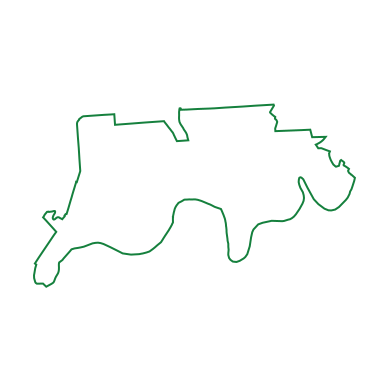 Nanesti, Vrancea, Romania (Equal Earth projection), rotated 86°
{"feature_id": "2599482B9784868122907", "entity_name": "Nanesti", "entity_type": "district", "adm_level": 2, "iso_a3": "ROU", "parent_name": "Romania", "parent_adm1": "Vrancea", "projection": "equal_earth", "projection_center": [27.499, 45.566], "detail": "fine", "context": "isolated", "style": "outline", "palette": "green", "viewbox_px": 384, "rotation_deg": 86, "n_neighbors": 0, "source": "geoboundaries", "source_scale": "gbopen_adm2", "svg_char_len": 5945}
<svg xmlns="http://www.w3.org/2000/svg" viewBox="0 0 384 384"><g transform="rotate(86 192 192)"><path d="M257.1,353.7L262.1,354.9L264.0,355.4L266.9,355.5L269.8,354.9L271.1,354.6L271.8,354.2L272.6,353.2L272.7,351.7L273.0,347.0L276.3,344.0L273.8,338.5L272.8,336.8L272.3,336.3L271.3,335.7L268.4,334.4L267.0,333.6L264.6,331.9L263.5,331.2L262.5,330.8L261.6,330.5L260.2,330.2L258.2,330.0L255.4,329.9L253.9,329.7L253.0,329.4L250.8,326.0L249.4,324.8L242.6,317.9L240.8,316.2L240.1,313.2L239.8,309.5L239.5,306.9L239.0,303.7L238.1,300.7L236.3,294.8L236.0,291.8L236.0,289.3L236.6,286.7L237.7,283.9L241.4,277.2L247.1,267.6L248.4,265.5L250.0,258.2L250.2,257.1L250.3,249.8L250.3,249.4L250.3,248.8L250.2,248.3L250.1,247.4L250.0,246.7L249.9,245.5L249.2,241.8L248.9,240.6L248.6,239.5L248.5,239.1L248.4,238.7L247.9,237.8L246.0,234.8L244.6,232.8L242.6,230.2L240.2,226.8L240.0,226.6L239.8,226.3L238.4,225.3L237.6,224.7L235.5,223.2L234.6,222.5L233.9,222.0L232.1,220.6L229.1,218.3L227.9,217.4L226.9,216.8L226.0,216.1L224.4,215.1L223.5,214.5L221.9,213.7L221.7,213.5L221.4,213.3L221.0,213.1L218.9,213.0L217.2,212.9L216.2,212.8L215.8,212.8L215.8,212.7L215.6,212.7L214.1,212.4L212.4,211.9L211.2,211.6L209.8,211.1L208.6,210.7L207.9,210.5L206.5,209.8L205.5,209.2L204.1,208.2L203.4,207.5L202.3,206.6L202.0,206.3L201.8,206.0L200.5,202.9L199.1,200.2L199.2,197.1L199.2,195.2L199.3,194.4L199.4,193.2L199.6,189.3L200.2,186.8L201.4,183.7L201.6,183.2L203.9,178.6L204.2,178.0L204.4,177.7L205.7,174.9L206.2,174.0L206.8,173.0L208.1,170.9L208.5,170.2L210.9,164.5L211.0,164.3L211.4,164.2L211.5,164.1L213.4,163.4L215.8,162.6L217.3,162.1L218.4,161.8L220.1,161.3L221.3,161.0L222.1,160.9L222.7,160.8L223.9,160.7L225.1,160.5L226.8,160.4L228.6,160.4L229.3,160.3L232.6,160.2L233.3,160.3L235.3,160.3L236.7,160.2L241.2,159.9L241.9,159.9L242.7,159.9L243.7,159.8L246.1,159.4L249.3,159.6L252.1,159.5L253.5,159.7L255.2,160.0L257.3,160.2L260.4,159.6L262.3,158.4L264.2,156.2L264.5,154.9L264.9,152.5L264.0,149.2L262.9,147.1L261.9,145.1L260.6,143.4L257.9,141.2L250.2,138.2L241.3,136.2L236.3,134.7L233.7,133.3L228.9,128.2L227.6,123.6L226.3,114.5L227.4,104.1L227.3,102.2L226.3,98.0L226.0,96.1L225.1,94.2L223.7,92.1L221.5,89.9L216.4,85.9L211.3,82.6L208.6,81.3L205.8,80.7L203.1,80.8L200.0,81.4L195.4,83.6L192.2,84.5L189.5,84.9L186.9,84.5L185.3,83.9L184.9,82.9L185.3,81.8L187.1,80.1L195.8,76.5L207.7,71.0L212.9,66.8L217.9,61.0L219.8,57.1L220.1,54.2L219.5,50.4L217.2,46.4L214.8,43.7L210.7,39.1L208.5,37.1L205.0,35.0L202.5,34.2L200.5,32.8L198.2,31.8L192.2,29.4L189.2,28.5L186.1,31.5L185.6,32.3L185.1,32.5L184.1,33.8L183.7,34.0L183.2,34.3L182.6,34.6L181.9,34.8L181.4,34.7L180.9,34.3L180.2,34.0L179.9,33.8L178.7,35.1L177.8,36.3L177.2,37.0L176.2,38.6L176.0,38.8L175.8,38.9L175.5,38.9L175.2,38.8L174.5,38.4L173.8,38.1L173.5,38.1L173.2,38.1L172.9,38.3L172.6,38.6L172.2,39.0L171.0,40.5L170.5,41.0L171.1,41.9L171.3,42.0L172.0,42.3L172.9,42.5L173.7,42.9L174.7,43.1L176.1,43.6L176.8,46.6L176.2,47.4L175.5,48.0L174.6,49.0L174.2,49.2L173.5,49.6L172.7,50.0L171.0,50.8L169.3,51.5L166.8,52.2L165.9,52.4L165.2,52.5L164.4,52.5L163.6,52.5L163.4,52.6L163.2,52.6L162.6,52.3L161.1,51.6L159.7,54.8L157.6,59.3L157.3,60.0L157.2,63.0L153.4,65.2L153.1,64.3L152.6,63.1L152.2,62.4L151.9,61.6L151.5,60.9L150.8,59.7L150.5,59.2L150.0,58.6L149.5,57.9L148.8,57.1L147.7,56.1L146.9,55.3L146.3,54.8L145.7,68.3L138.1,69.7L137.9,78.6L137.4,95.0L137.1,104.6L134.7,104.6L134.2,104.5L131.8,103.5L129.9,102.8L129.2,102.5L128.0,102.1L127.0,102.4L126.1,102.8L125.8,103.0L125.3,103.6L125.0,103.8L124.7,104.1L124.4,104.1L124.0,104.1L123.3,103.8L122.9,103.7L122.5,104.2L122.1,104.8L121.3,105.6L120.2,106.8L119.3,107.6L118.7,108.2L118.2,108.5L117.8,108.6L111.5,104.2L110.5,104.5L110.4,114.5L110.3,122.9L110.3,123.6L110.3,135.8L110.1,152.9L110.1,160.9L110.1,161.9L110.1,163.6L110.0,168.2L109.6,180.2L109.4,191.6L109.3,194.6L109.2,196.6L109.2,197.4L108.8,197.4L108.3,197.3L107.9,197.4L107.7,197.6L107.7,198.5L108.0,198.6L108.5,198.8L109.0,198.9L110.3,199.1L111.2,199.3L112.8,199.4L114.7,199.5L116.4,199.7L117.8,199.8L118.8,199.8L120.1,199.7L121.2,199.6L122.5,199.1L123.7,198.6L125.1,197.8L125.9,197.3L126.5,197.0L127.5,196.4L129.0,195.8L129.7,195.4L131.0,194.6L132.5,193.8L133.5,193.4L134.7,193.0L135.4,192.9L137.2,192.7L138.2,192.5L139.1,192.3L140.2,192.1L140.2,203.5L136.6,205.0L135.0,205.6L134.1,206.0L132.9,206.4L132.1,206.7L131.5,207.0L131.2,207.1L130.8,207.5L129.4,208.4L127.4,209.7L126.2,210.6L123.7,212.2L122.5,213.0L121.8,213.5L120.0,214.7L119.7,214.9L119.4,215.0L119.4,217.8L119.4,234.5L119.5,247.5L119.6,264.1L111.5,264.1L109.0,264.1L109.0,267.6L108.9,274.5L108.9,277.2L108.9,287.0L108.9,292.7L108.9,295.1L109.3,296.3L109.5,296.6L110.4,297.9L110.9,298.7L111.6,299.6L112.1,299.6L112.6,300.2L113.4,300.9L114.2,301.5L114.8,301.7L115.4,301.9L116.9,302.0L118.0,302.0L119.2,302.0L123.2,302.0L126.6,302.0L127.8,302.0L129.8,302.0L140.4,301.9L150.9,302.0L162.8,302.0L163.1,302.0L163.6,302.1L174.1,306.2L173.8,306.9L174.7,307.1L177.0,308.0L179.9,309.1L183.0,310.3L185.9,311.4L189.0,312.5L192.1,313.7L199.7,316.5L204.6,318.4L205.1,318.6L205.3,318.7L205.3,318.9L205.1,319.3L205.4,319.8L205.6,320.0L206.0,320.2L206.3,320.4L206.6,320.8L206.9,320.7L207.1,320.6L207.3,320.8L207.6,320.9L209.6,322.9L210.1,323.3L209.7,324.0L209.2,324.7L209.0,325.2L208.5,325.8L208.2,326.2L208.0,326.6L207.9,327.0L207.8,327.5L207.9,328.0L208.0,328.4L208.3,328.9L208.9,329.9L209.3,330.2L209.5,330.6L209.7,331.0L209.8,331.3L209.8,331.9L209.7,332.1L209.4,332.4L209.0,332.5L208.5,332.7L208.0,332.7L207.4,332.6L206.8,332.3L205.8,331.9L204.8,331.2L204.2,330.8L203.9,330.5L203.5,330.3L203.1,330.1L202.7,330.0L202.0,329.9L201.7,330.0L201.4,330.2L201.4,330.6L201.4,331.4L201.6,332.3L201.7,332.9L201.8,334.2L201.8,335.1L201.9,335.7L201.9,336.2L201.6,336.5L201.7,338.0L204.3,340.5L206.1,341.6L206.9,342.3L210.1,339.7L213.3,337.2L218.9,332.8L222.3,330.2L225.4,332.8L231.7,337.7L239.1,343.5L246.8,349.5L252.4,353.7L253.6,352.4L257.1,353.7Z" fill="none" stroke="#15803d" stroke-width="2"/></g></svg>